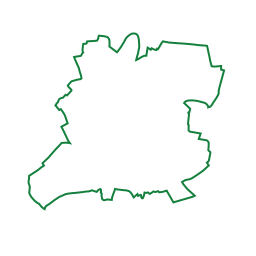 Phu Ly, Hà Nam, Vietnam (Mercator projection), rotated 12°
{"feature_id": "81297802B99776560080545", "entity_name": "Phu Ly", "entity_type": "district", "adm_level": 2, "iso_a3": "VNM", "parent_name": "Vietnam", "parent_adm1": "Hà Nam", "projection": "mercator", "projection_center": [105.916, 20.538], "detail": "fine", "context": "isolated", "style": "outline", "palette": "green", "viewbox_px": 256, "rotation_deg": 12, "n_neighbors": 0, "source": "geoboundaries", "source_scale": "gbopen_adm2", "svg_char_len": 4025}
<svg xmlns="http://www.w3.org/2000/svg" viewBox="0 0 256 256"><g transform="rotate(12 128 128)"><path d="M134.5,45.1L134.0,46.7L130.5,45.3L130.9,53.5L130.2,53.6L129.7,53.7L129.2,53.9L128.3,54.4L126.9,55.4L123.7,58.4L122.8,59.2L121.9,59.8L122.0,56.5L122.3,52.6L122.2,50.0L122.2,46.9L121.9,45.2L121.4,43.4L120.4,39.9L119.6,37.7L118.5,35.9L117.6,34.9L116.6,34.4L115.6,34.2L113.8,34.4L112.4,34.8L110.7,36.1L108.4,38.8L107.6,40.3L107.0,41.8L106.4,44.2L105.6,46.4L104.2,50.4L103.0,53.1L101.8,55.6L101.5,56.2L92.9,52.2L92.5,49.8L91.9,47.1L91.3,45.5L90.6,44.6L89.6,43.7L89.0,43.4L87.7,43.2L86.8,43.2L84.0,43.3L81.0,43.7L80.3,43.8L80.1,47.5L79.6,48.8L79.3,49.1L75.0,50.4L73.3,50.8L71.5,51.4L70.0,51.8L69.9,52.4L69.9,53.9L69.8,54.1L69.2,54.4L66.8,55.0L66.8,56.6L67.1,59.6L67.4,61.7L68.1,63.2L68.4,63.5L67.5,65.1L67.3,66.3L67.0,67.1L66.0,67.6L64.8,68.1L62.5,68.9L60.5,69.8L62.3,72.5L67.1,79.0L69.2,83.1L71.1,86.4L71.8,88.1L72.2,89.2L71.8,89.6L71.3,90.1L70.7,90.4L69.8,90.6L67.3,91.8L66.2,92.4L63.4,93.9L62.8,94.4L61.5,96.8L60.4,98.7L60.3,99.0L60.7,99.6L61.9,100.6L64.7,102.4L64.9,103.2L61.6,108.8L60.5,108.5L60.0,108.5L59.9,108.7L58.2,111.7L57.8,112.0L57.0,112.3L55.6,113.2L55.1,113.7L54.8,114.1L54.5,114.7L54.3,115.4L54.1,117.1L54.0,117.6L53.0,118.8L52.9,120.0L52.3,120.9L57.0,124.7L58.4,123.5L61.4,126.3L62.8,127.8L63.3,128.4L63.8,129.0L67.5,135.2L68.0,136.0L62.6,140.6L66.1,144.9L72.4,153.2L74.3,154.9L72.9,154.9L69.7,155.4L66.2,156.4L64.6,159.2L62.9,161.9L61.4,164.4L58.9,168.9L57.2,171.8L57.0,172.5L51.7,180.2L53.6,182.3L51.2,184.7L49.2,187.2L46.4,190.2L44.6,191.9L43.2,193.4L41.2,195.3L41.6,197.4L41.9,201.1L42.3,202.6L43.6,204.7L44.2,206.2L44.7,210.0L44.8,211.9L46.4,214.1L48.4,216.1L52.0,218.7L55.3,220.3L56.6,220.5L60.1,223.3L62.4,224.4L63.3,224.7L63.6,222.3L64.5,221.0L67.3,218.2L69.2,216.0L70.7,214.2L75.3,209.5L77.0,208.4L80.7,205.7L83.2,204.6L87.3,203.2L90.4,202.3L93.6,201.2L97.2,200.0L100.7,198.7L102.7,198.2L104.2,197.4L105.8,196.4L107.5,196.7L110.6,197.0L111.1,196.1L112.1,194.7L113.2,193.6L113.8,193.5L114.3,193.9L114.7,194.9L114.8,196.8L115.1,197.1L115.7,197.4L116.1,198.1L116.1,199.5L116.5,200.5L117.4,202.6L117.8,203.0L118.9,203.6L120.1,203.5L121.6,202.7L122.6,202.2L124.0,202.0L125.7,201.9L127.1,201.7L126.9,199.5L127.2,196.4L127.7,193.2L128.0,190.9L128.0,190.3L130.0,190.3L130.7,190.2L131.1,190.2L132.8,190.1L134.8,189.9L137.6,189.6L138.9,189.4L140.0,189.4L141.6,189.5L142.6,189.7L143.7,190.4L145.2,191.6L146.7,193.2L148.0,194.7L149.1,193.2L151.0,190.7L152.0,192.3L154.2,190.8L154.7,190.9L155.0,191.5L155.5,193.1L156.0,193.7L156.6,193.8L157.0,193.7L157.6,191.4L157.6,187.7L159.4,187.7L160.8,186.9L163.1,187.9L165.2,185.8L166.0,184.8L167.2,184.9L168.3,184.9L170.5,183.5L171.2,183.9L171.7,184.4L172.3,184.3L175.5,183.1L177.6,181.9L178.8,181.2L187.9,191.3L200.5,184.5L205.0,182.1L207.4,180.4L202.4,177.5L198.9,175.5L196.1,173.3L193.6,171.3L192.1,169.6L195.1,166.9L199.6,165.0L202.4,162.5L206.6,158.2L210.6,153.8L213.6,149.5L214.8,147.9L212.4,145.5L213.8,143.6L213.9,140.9L213.8,139.2L213.8,136.7L213.6,134.6L213.2,134.3L211.9,133.5L211.4,133.2L211.1,132.8L210.8,129.8L210.3,127.1L210.0,125.6L209.4,124.8L208.8,124.4L208.0,123.8L206.8,123.7L199.5,124.0L199.6,123.2L200.2,118.3L196.2,118.4L189.3,118.7L188.3,118.2L187.7,117.5L187.1,114.4L186.7,112.4L185.9,111.9L185.2,105.7L184.9,101.7L183.9,100.9L183.8,100.4L184.3,99.7L184.8,99.5L184.8,96.3L181.7,94.3L177.7,91.9L178.2,90.8L179.6,89.4L181.0,88.7L183.3,88.0L185.8,87.5L190.0,87.1L192.5,87.2L197.1,87.4L199.0,87.8L200.6,88.8L201.7,89.9L202.3,90.9L202.3,91.0L204.2,89.9L205.4,87.6L205.8,86.1L208.0,80.8L209.4,76.5L209.5,75.8L209.4,74.9L209.0,72.9L208.9,71.9L209.0,71.5L209.0,69.5L210.0,51.7L206.9,51.5L206.6,49.8L206.2,48.0L201.4,49.5L199.0,50.1L198.6,50.1L197.0,50.2L194.7,45.8L192.9,41.5L188.3,31.3L186.5,31.3L184.7,31.6L179.9,32.2L179.4,32.3L175.5,32.6L168.4,33.4L163.2,34.1L160.7,34.5L150.2,35.9L144.1,36.0L143.4,37.5L142.6,39.6L141.8,42.2L140.9,44.7L139.9,44.4L139.5,45.8L138.3,45.9L136.4,45.6L134.5,45.1Z" fill="none" stroke="#15803d" stroke-width="2"/></g></svg>